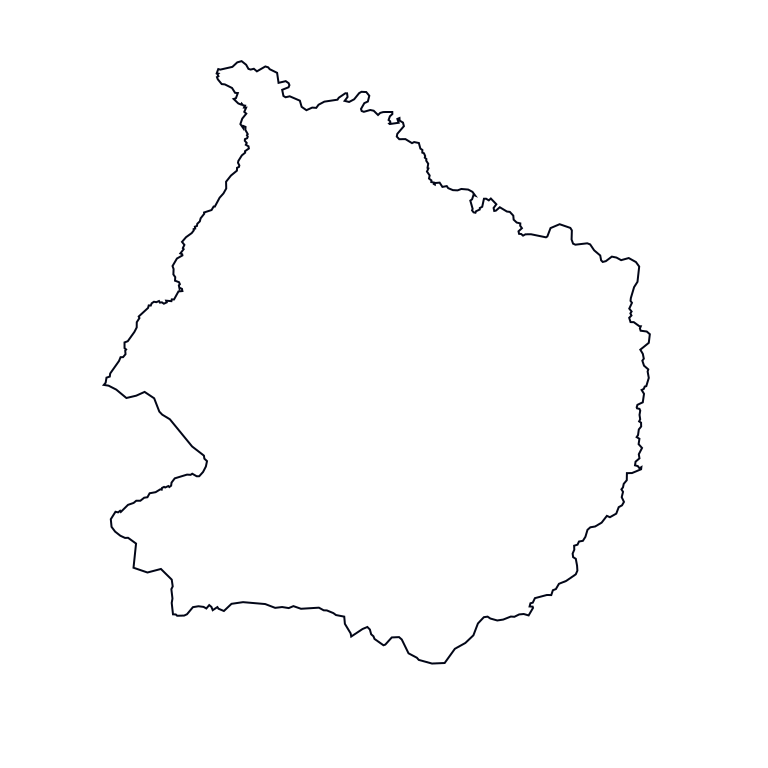 the district of Tain, Brong Ahafo, Ghana, rotated 285°
{"feature_id": "2480657B14065489870616", "entity_name": "Tain", "entity_type": "district", "adm_level": 2, "iso_a3": "GHA", "parent_name": "Ghana", "parent_adm1": "Brong Ahafo", "projection": "orthographic", "projection_center": [-2.339, 7.791], "detail": "fine", "context": "isolated", "style": "outline", "palette": "ink", "viewbox_px": 768, "rotation_deg": 285, "n_neighbors": 0, "source": "geoboundaries", "source_scale": "gbopen_adm2", "svg_char_len": 6166}
<svg xmlns="http://www.w3.org/2000/svg" viewBox="0 0 768 768"><g transform="rotate(285 384 384)"><path d="M645.3,142.4L640.8,142.0L640.9,143.5L640.1,142.9L638.5,144.4L637.2,143.2L635.3,144.6L631.7,149.6L632.2,152.7L630.6,160.6L626.7,164.8L627.2,167.5L621.7,167.0L620.4,165.0L617.3,170.6L616.9,173.7L618.0,173.9L616.7,175.8L616.9,177.7L614.8,177.3L615.3,179.3L610.7,178.6L609.5,181.0L603.7,178.4L597.9,178.0L594.7,181.8L596.8,181.4L596.5,183.7L593.6,184.3L590.1,187.7L588.8,187.2L587.6,188.4L586.0,188.2L584.5,186.3L582.9,186.6L581.3,189.0L579.3,188.6L578.5,191.6L576.5,192.5L572.9,189.5L571.5,190.0L568.0,187.5L561.8,185.6L559.9,185.7L557.7,187.7L556.1,187.7L554.8,186.1L552.0,186.7L545.7,182.2L538.5,179.1L532.0,181.0L526.5,179.6L521.4,177.0L511.6,174.7L511.3,173.5L507.4,172.4L503.1,165.8L501.9,166.3L496.6,164.0L493.4,164.0L490.5,162.2L488.2,162.4L487.0,160.6L485.3,161.4L484.3,160.0L483.1,160.5L480.0,159.2L474.6,154.8L469.0,152.1L466.7,155.2L463.2,154.5L462.4,155.6L457.4,153.5L457.1,155.5L456.0,156.0L451.6,151.5L443.2,149.2L440.6,151.0L435.3,152.2L433.2,154.7L429.7,155.4L429.3,159.6L427.6,161.0L426.2,160.3L423.0,161.9L423.9,162.4L423.6,164.2L421.6,165.2L420.2,161.5L411.3,159.3L410.8,157.1L409.0,157.2L408.1,152.0L406.6,153.0L404.6,150.6L405.4,148.3L404.6,146.5L405.9,145.2L404.1,142.9L403.9,140.5L401.8,138.7L399.4,138.4L399.0,136.4L396.4,136.4L385.7,129.6L384.4,130.7L379.7,129.2L374.6,130.5L369.6,129.4L359.0,125.4L357.0,122.6L351.5,124.1L350.6,126.0L349.3,125.4L345.9,126.6L342.4,125.0L341.7,122.6L337.7,122.1L323.3,116.8L320.2,117.2L318.3,114.3L313.2,114.8L310.6,113.6L311.1,118.4L309.3,126.8L303.8,138.8L308.6,147.7L314.4,154.8L310.7,165.7L299.2,174.1L297.0,177.7L294.5,186.3L274.0,214.8L268.2,228.6L265.4,229.8L263.7,233.0L258.2,233.3L252.2,232.0L247.1,229.4L246.4,227.0L247.7,222.0L246.2,220.7L245.5,217.2L238.7,206.3L233.8,204.3L230.7,204.7L228.9,203.3L229.6,202.1L227.4,199.4L227.7,198.2L226.2,196.5L224.4,196.6L224.4,195.2L220.4,191.4L217.8,185.9L213.4,184.8L212.1,181.8L208.2,178.9L207.1,174.9L204.3,172.9L201.0,168.0L192.3,162.9L193.2,161.9L191.2,160.4L191.1,157.7L182.7,155.1L175.5,157.8L171.8,162.5L169.2,168.6L168.3,173.7L169.2,176.6L165.7,185.8L141.7,189.6L140.7,204.3L147.6,216.4L140.1,229.6L133.8,232.3L130.8,231.7L122.0,235.2L117.6,235.6L106.9,239.8L107.5,242.5L106.6,244.2L108.6,250.9L110.6,253.3L119.0,257.2L121.3,262.3L122.0,267.4L121.2,270.5L125.2,272.4L124.0,275.0L121.2,277.1L125.4,280.8L124.1,282.3L123.3,288.1L132.2,293.6L136.8,304.3L140.7,326.2L139.6,336.8L142.2,343.3L142.9,350.0L146.0,354.0L145.4,362.0L151.1,379.0L149.8,384.3L150.5,387.4L149.6,394.4L148.4,397.4L149.0,405.8L142.2,408.3L134.5,416.3L131.6,417.7L141.8,426.7L145.0,430.8L143.2,433.9L138.9,436.4L137.6,439.1L135.3,440.8L131.5,451.1L132.6,452.7L141.2,457.1L143.4,464.0L141.8,467.3L130.2,477.4L128.1,486.6L126.5,489.0L126.4,502.7L130.2,514.8L146.6,521.0L154.9,529.6L164.4,535.4L177.0,536.7L184.6,540.8L186.1,544.3L185.0,547.4L184.9,554.6L187.3,560.1L192.2,566.7L192.9,570.2L196.4,574.2L198.0,578.5L197.9,583.6L206.3,585.9L207.4,585.2L206.8,582.2L210.1,582.2L211.3,584.3L216.2,585.2L222.4,596.0L223.4,600.2L228.5,600.5L230.4,603.1L236.3,604.7L240.9,610.9L249.8,618.5L253.8,619.1L258.5,617.5L264.8,614.5L265.7,611.5L269.0,610.1L273.2,610.7L277.0,609.5L278.9,612.5L282.3,613.1L284.0,616.7L288.5,618.1L295.8,618.3L299.0,620.4L301.0,624.8L306.4,630.1L314.3,633.4L313.8,636.7L318.9,641.9L325.8,642.6L328.4,645.3L332.2,646.3L336.2,642.9L341.7,642.8L343.7,640.6L346.0,641.6L349.6,641.4L353.9,643.4L360.8,641.7L362.1,646.5L368.2,654.4L370.3,654.1L368.7,652.6L370.4,650.4L370.4,647.5L374.1,647.1L378.3,650.0L382.1,648.3L389.0,649.8L391.8,645.5L397.2,644.9L398.1,641.8L400.4,642.6L406.1,641.9L409.5,643.4L413.2,642.3L413.9,640.1L416.2,640.6L420.3,638.8L424.6,638.4L426.1,637.2L426.0,634.7L426.9,634.1L429.5,634.2L433.3,638.7L441.8,637.7L444.9,634.4L446.5,636.2L449.0,636.5L449.8,637.9L458.4,638.2L464.3,635.4L466.5,635.5L469.0,630.4L473.4,627.5L475.7,628.4L480.1,626.2L483.5,622.7L492.3,629.1L500.9,627.9L502.7,624.2L501.9,618.1L503.9,616.8L506.2,617.1L505.9,615.7L508.4,609.2L507.6,606.1L511.4,603.7L514.2,605.3L516.0,603.7L518.1,604.4L520.3,601.4L526.6,602.5L528.1,600.6L530.9,600.2L542.3,600.5L548.3,602.4L563.5,600.1L567.0,595.8L569.0,587.8L565.0,581.0L566.3,575.8L566.0,571.1L560.1,566.5L558.5,563.7L559.7,561.7L564.1,559.6L567.5,552.4L572.2,547.0L572.5,543.9L568.1,532.8L568.5,530.3L572.1,527.8L581.0,525.7L583.0,523.6L583.8,512.3L577.7,504.5L568.8,503.6L567.6,502.5L566.7,487.3L565.2,481.9L563.3,479.9L564.4,477.7L564.0,475.6L566.3,474.4L570.2,476.9L572.1,474.6L574.4,474.1L574.3,470.4L576.3,466.7L580.1,465.3L582.8,461.0L582.4,458.1L584.7,450.1L580.4,447.2L579.7,445.7L582.4,444.3L586.7,446.0L590.8,439.2L588.5,437.7L589.4,434.6L588.8,432.6L580.6,433.0L578.8,431.0L577.3,431.3L574.7,428.2L573.1,428.0L573.0,426.1L574.5,424.1L576.1,424.3L583.5,419.9L585.2,421.3L589.8,421.5L589.6,423.3L592.5,419.7L593.6,415.0L592.4,408.2L590.1,405.0L589.1,400.4L589.8,395.3L591.4,393.4L589.5,389.4L592.9,385.6L591.3,381.2L589.8,381.5L590.1,380.3L591.5,380.2L591.3,377.4L592.9,377.1L594.1,374.3L597.3,374.1L600.3,370.5L603.8,371.1L604.0,370.1L608.2,369.7L610.6,367.0L612.3,366.7L613.2,364.8L614.8,364.8L617.2,362.9L617.4,361.1L620.0,360.5L620.8,358.2L625.8,355.3L625.5,350.5L623.9,348.7L626.1,341.3L624.4,335.4L626.3,332.3L629.1,332.1L638.2,336.5L641.4,334.7L642.5,330.9L644.9,330.1L643.5,328.3L640.1,330.5L636.6,322.3L636.9,321.6L638.0,322.6L639.4,321.9L640.2,320.1L644.1,320.4L646.9,322.2L648.9,321.6L646.5,312.9L644.9,310.2L642.3,308.6L645.3,303.3L645.1,299.8L641.7,294.1L641.9,291.8L643.7,290.6L650.2,292.3L652.7,295.3L658.6,295.2L661.4,291.3L660.4,286.6L658.5,284.7L651.3,281.5L647.4,277.3L647.3,272.7L651.8,274.5L655.2,273.1L654.8,271.4L648.8,266.2L646.6,265.5L641.3,253.3L636.8,248.5L633.2,247.1L632.4,243.1L628.4,238.2L630.4,232.7L635.9,229.4L637.5,218.5L635.5,214.7L636.2,212.3L641.8,209.5L645.9,215.0L648.2,215.3L649.9,214.0L651.1,210.7L647.6,204.2L656.9,200.2L658.5,192.1L659.9,190.2L660.0,187.2L653.1,180.3L654.8,176.7L653.2,173.8L653.3,171.5L656.7,168.2L659.0,162.9L656.7,159.0L651.1,155.5L645.3,144.5L645.3,142.4Z" fill="none" stroke="#020617" stroke-width="2"/></g></svg>